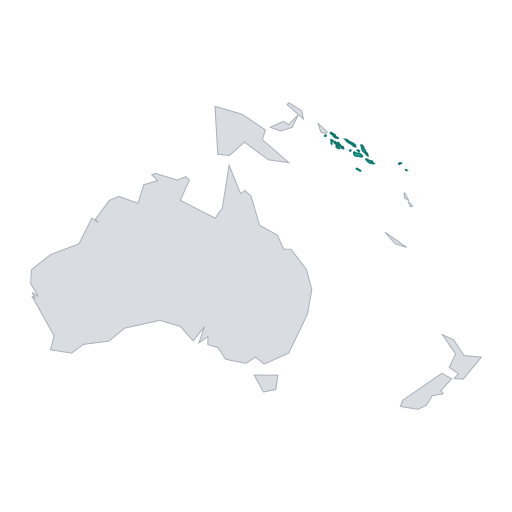 location of Solomon Islands within Oceania
{"feature_id": "SLB", "entity_name": "Solomon Islands", "entity_type": "country or territory", "adm_level": 0, "iso_a3": "SLB", "parent_name": "Oceania", "parent_adm1": "", "projection": "albers", "projection_center": [159.585, -9.221], "detail": "fine", "context": "in_parent", "style": "filled", "palette": "teal", "viewbox_px": 512, "rotation_deg": 0, "n_neighbors": 5, "source": "natural_earth", "source_scale": "50m", "svg_char_len": 5781}
<svg xmlns="http://www.w3.org/2000/svg" viewBox="0 0 512 512"><path d="M215.0,106.3L242.1,114.3L265.4,129.9L262.3,139.7L288.7,162.6L268.3,159.8L244.4,142.1L229.5,155.4L217.8,154.4L215.0,106.3ZM301.9,111.0L303.4,119.1L287.0,104.5L289.0,102.7L301.9,111.0ZM292.3,127.3L280.6,131.1L270.3,127.2L283.6,121.3L288.6,124.6L298.2,114.7L292.3,127.3ZM317.8,123.1L327.2,131.9L326.2,134.0L320.9,132.0L317.8,123.1Z" fill="#d9dde1" stroke="#a8b0b8" stroke-width="1"/><path d="M408.3,201.7L412.7,206.0L410.3,206.9L408.3,201.7ZM408.7,200.5L404.3,197.9L404.3,192.2L408.7,200.5Z" fill="#d9dde1" stroke="#a8b0b8" stroke-width="1"/><path d="M385.0,232.2L406.6,247.4L395.1,243.7L385.0,232.2Z" fill="#d9dde1" stroke="#a8b0b8" stroke-width="1"/><path d="M481.3,357.2L463.3,379.1L454.2,378.6L458.3,373.7L449.2,367.3L455.6,354.0L442.4,334.7L453.7,340.0L464.1,355.5L481.3,357.2ZM402.9,400.1L442.0,373.2L451.5,378.9L440.8,390.8L443.2,393.8L432.3,395.7L426.4,405.3L417.8,409.3L400.3,406.5L402.9,400.1Z" fill="#d9dde1" stroke="#a8b0b8" stroke-width="1"/><path d="M254.1,375.0L277.9,375.2L275.8,389.5L263.5,392.0L254.1,375.0ZM124.6,328.2L108.8,341.1L83.3,344.4L71.5,353.1L50.5,349.8L54.1,335.8L31.9,296.0L35.4,298.6L32.2,292.4L38.3,296.5L30.7,283.7L31.4,269.8L50.6,254.5L79.0,243.8L91.8,218.2L98.3,222.5L95.4,219.3L109.3,200.4L118.9,196.4L138.0,203.3L143.7,184.8L157.6,180.5L151.7,174.7L155.5,173.4L177.4,180.1L185.9,176.6L189.4,180.1L180.3,200.3L215.2,218.2L222.3,208.1L229.1,165.4L240.6,193.6L245.1,190.6L251.2,196.4L259.6,225.3L277.4,235.2L283.7,249.1L291.1,249.4L306.5,269.6L311.8,289.6L307.5,314.1L288.7,353.0L264.2,364.1L255.3,357.1L246.0,363.4L225.7,359.3L217.9,347.5L207.8,344.6L207.9,336.5L198.9,342.9L204.6,326.7L193.1,340.8L180.3,326.4L159.6,320.3L124.6,328.2Z" fill="#d9dde1" stroke="#a8b0b8" stroke-width="1"/><path d="M354.7,152.1L356.3,153.3L357.0,153.2L359.1,153.2L360.4,154.0L361.1,154.4L361.5,155.2L362.0,155.4L362.3,155.8L362.5,156.5L362.4,156.6L361.7,156.8L361.3,156.9L360.0,156.7L358.9,156.1L356.5,156.1L355.5,155.9L355.1,155.7L354.7,155.4L354.2,154.8L353.8,154.0L353.7,153.5L353.7,152.7L353.8,152.4L354.2,152.0L354.7,152.1ZM362.0,145.0L363.8,147.2L363.8,147.6L363.5,147.8L363.5,148.6L363.7,148.9L364.2,149.0L365.0,149.8L365.4,150.8L365.4,151.1L365.7,151.5L365.7,152.4L366.5,153.7L366.6,154.3L366.5,154.6L366.2,154.4L365.2,153.0L364.2,152.3L364.0,152.1L362.9,151.2L362.2,149.8L361.4,147.2L361.8,146.6L360.9,145.4L360.9,145.1L361.3,145.1L361.6,145.1L362.0,145.0ZM355.7,146.6L355.7,146.8L354.7,146.1L353.9,145.4L351.8,144.6L351.3,144.1L351.0,144.1L349.9,143.4L348.8,142.9L348.1,142.3L348.0,142.1L347.6,141.9L346.9,141.3L346.2,140.8L346.0,140.0L345.4,139.5L345.2,139.3L347.2,139.7L348.2,140.6L349.0,141.1L349.3,141.4L350.0,141.9L350.7,142.0L351.3,142.4L351.9,142.6L352.4,142.8L355.4,145.0L355.0,145.6L355.4,146.1L355.7,146.6ZM369.0,160.4L369.9,160.8L370.5,160.8L371.3,161.1L371.9,160.9L372.2,161.3L373.2,162.8L373.2,163.3L373.8,163.6L373.3,163.7L372.6,163.5L372.0,163.6L371.4,163.3L370.4,163.2L369.5,162.8L367.7,161.7L367.7,161.1L367.5,160.9L367.4,160.2L366.7,160.0L366.0,159.9L365.9,159.6L366.0,159.0L366.6,159.0L367.3,159.3L368.6,160.1L368.9,160.3L369.0,160.4ZM338.1,137.7L338.3,138.0L337.7,138.4L337.0,138.2L336.8,137.9L336.3,137.9L335.2,137.7L333.8,136.6L332.2,134.6L330.7,133.5L330.4,133.2L330.4,132.6L330.6,132.4L331.5,132.6L332.7,133.5L334.7,134.5L335.2,135.0L335.6,136.1L335.9,136.5L336.9,137.3L337.5,137.5L337.8,137.6L338.1,137.7ZM340.1,144.5L340.6,145.1L341.1,146.4L341.0,146.9L340.7,146.9L340.6,147.2L340.0,146.5L339.3,146.4L338.8,146.0L338.7,145.2L338.6,144.7L338.2,144.6L337.1,144.7L336.7,145.1L336.2,145.0L336.1,144.6L336.2,144.2L336.9,143.9L337.0,143.4L337.7,142.6L338.1,142.4L338.9,142.7L339.0,143.9L339.3,144.3L340.1,144.5ZM360.7,170.8L360.2,171.1L359.7,170.9L359.4,170.7L359.1,170.2L358.5,169.8L357.6,169.7L357.2,169.4L356.5,169.2L356.4,168.9L356.4,168.6L356.5,168.4L357.1,168.5L359.8,170.0L360.4,170.5L360.7,170.8ZM332.2,142.1L331.8,141.8L331.6,141.7L331.6,141.3L330.9,140.6L330.8,140.1L331.3,139.6L331.8,139.8L332.4,140.4L333.1,140.6L333.0,141.1L332.4,141.8L332.2,142.1ZM335.8,143.5L335.6,143.6L334.8,143.6L334.2,142.8L334.2,142.2L334.7,141.7L335.3,141.6L335.6,141.8L335.9,142.2L336.0,142.8L335.9,143.3L335.8,143.5ZM342.7,147.7L341.9,148.3L341.4,148.1L341.0,147.6L341.1,147.0L341.2,146.8L341.4,146.8L341.6,146.7L341.9,146.4L342.6,146.6L342.8,146.8L342.4,147.1L342.5,147.3L342.7,147.7ZM401.2,163.5L400.6,163.6L400.4,163.6L400.0,163.7L399.5,164.2L399.2,164.1L398.9,164.1L398.7,163.7L399.0,163.5L399.2,163.1L399.6,162.9L400.4,162.8L401.2,162.9L401.4,163.0L401.2,163.4L401.2,163.5ZM367.8,154.7L367.9,155.5L367.9,155.8L367.3,155.2L367.1,155.4L366.8,155.1L366.8,154.5L366.9,153.9L366.8,153.4L366.5,152.7L366.8,152.8L367.8,154.7ZM337.4,148.0L337.0,147.9L336.1,146.9L336.3,146.5L337.1,145.9L337.3,145.8L337.6,146.2L337.4,146.8L337.1,146.9L337.0,147.5L337.4,148.0ZM357.8,150.0L358.2,150.1L358.4,150.1L358.9,150.5L359.5,151.1L359.3,151.4L358.7,151.2L358.6,151.3L358.4,151.0L357.8,150.7L357.3,150.6L357.2,150.3L357.8,150.0ZM350.6,151.0L350.1,150.9L349.7,150.9L349.5,150.6L349.8,150.2L350.2,150.0L350.3,150.1L350.5,150.2L350.9,150.3L350.9,150.7L350.6,151.0ZM325.9,136.1L325.2,136.3L324.7,136.0L324.9,135.5L325.2,135.2L326.1,135.7L325.9,136.1ZM354.2,146.4L353.9,146.5L353.4,146.2L353.2,146.0L353.3,145.6L353.6,145.4L353.9,145.7L353.9,146.0L354.2,146.4ZM406.9,170.4L406.2,170.5L406.0,170.4L405.6,169.8L405.9,169.6L406.3,169.7L406.5,170.1L406.9,170.4ZM339.3,148.3L339.3,148.6L338.8,148.5L337.9,148.1L337.9,147.9L338.4,147.8L338.8,147.9L339.1,148.1L339.3,148.3ZM331.6,144.0L331.1,143.3L331.2,142.8L331.2,142.5L331.4,142.4L331.7,143.4L331.6,144.0ZM343.4,148.7L343.2,148.8L343.0,148.5L343.4,147.7L343.6,148.3L343.7,148.6L343.4,148.7Z" fill="#14b8a6" stroke="#0f766e" stroke-width="1.5"/></svg>